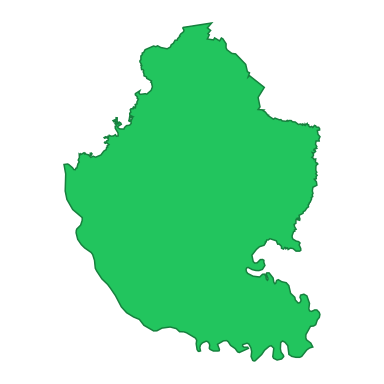 Victoria, Entre Ríos, Argentina
{"feature_id": "61730980B18675393261940", "entity_name": "Victoria", "entity_type": "district", "adm_level": 2, "iso_a3": "ARG", "parent_name": "Argentina", "parent_adm1": "Entre Ríos", "projection": "albers", "projection_center": [-60.159, -32.751], "detail": "fine", "context": "isolated", "style": "filled", "palette": "green", "viewbox_px": 384, "rotation_deg": 0, "n_neighbors": 0, "source": "geoboundaries", "source_scale": "gbopen_adm2", "svg_char_len": 5995}
<svg xmlns="http://www.w3.org/2000/svg" viewBox="0 0 384 384"><path d="M64.0,164.5L65.7,174.0L65.2,191.0L66.9,199.4L72.7,209.5L82.2,217.6L82.2,220.4L80.6,225.2L76.8,229.0L76.3,230.4L76.1,232.8L77.7,239.3L81.3,244.6L84.6,247.9L91.2,252.5L92.7,254.6L94.5,260.3L95.3,268.3L96.7,271.0L101.9,278.9L107.6,284.4L110.3,288.0L115.5,295.7L121.3,306.8L126.6,312.7L133.6,317.0L139.4,319.4L143.9,325.3L153.6,330.9L156.9,330.8L162.0,328.1L170.2,327.0L176.3,328.6L179.6,331.7L183.8,331.8L186.6,332.8L195.5,338.1L196.7,340.3L196.2,343.7L197.1,349.6L198.3,351.3L199.1,351.4L200.5,350.9L199.8,347.6L200.5,344.9L202.5,342.8L206.2,341.2L207.7,341.7L209.3,343.5L209.7,345.4L209.3,348.3L210.1,349.4L213.4,351.0L218.0,351.0L219.2,350.7L219.4,349.4L217.5,344.3L223.5,340.8L226.7,340.6L228.2,341.7L230.6,345.4L235.2,348.6L237.6,351.9L239.3,352.5L248.4,348.4L247.7,347.2L243.9,347.2L242.6,346.1L242.7,344.6L247.0,343.2L248.8,344.0L250.9,347.8L251.7,351.7L251.1,356.5L252.7,360.4L254.1,361.0L255.2,360.7L261.7,354.5L264.6,350.2L269.2,346.3L271.2,345.7L273.8,348.2L272.8,356.7L273.6,358.3L277.1,360.0L281.6,359.0L283.7,356.6L283.4,355.3L281.1,352.2L280.4,348.9L280.7,342.5L282.6,341.0L285.0,342.3L287.8,345.7L288.9,354.4L291.8,356.4L295.8,357.3L299.7,357.3L301.7,356.4L306.8,349.9L309.5,348.0L312.8,347.0L310.8,343.1L306.5,339.8L305.8,337.8L305.9,334.6L310.5,326.3L313.6,326.0L315.7,324.7L317.3,319.9L319.3,317.5L319.9,314.5L319.2,312.4L316.9,310.0L314.8,309.9L311.6,311.4L309.6,310.9L308.8,308.8L309.5,303.4L306.9,295.9L303.9,294.2L300.6,295.1L300.0,297.3L301.0,299.6L300.9,300.9L299.8,302.7L298.1,303.0L295.3,299.9L294.8,297.3L290.6,293.3L288.8,285.6L286.2,282.7L281.7,281.7L278.3,279.7L276.6,280.5L275.7,283.3L274.9,283.8L273.8,282.3L273.1,278.0L269.1,272.9L266.8,272.9L266.1,273.8L267.9,278.1L267.9,279.7L267.4,280.3L266.3,279.1L265.8,275.9L264.3,274.1L262.5,274.3L259.7,277.0L253.1,276.2L247.8,273.5L246.5,271.8L246.0,269.5L246.7,267.9L248.1,267.4L252.2,269.6L255.9,270.5L259.0,270.6L262.4,269.4L264.9,265.5L263.8,262.2L263.9,260.3L262.6,259.5L260.3,259.6L257.2,262.8L254.8,263.1L253.2,261.6L251.9,255.2L256.4,249.4L259.5,246.7L264.0,245.3L265.3,243.4L265.4,242.0L266.1,242.0L266.7,240.0L268.4,239.9L269.9,238.7L276.3,240.8L277.7,244.2L279.3,244.1L281.5,246.4L281.5,248.2L283.5,249.1L284.8,247.4L285.8,247.7L285.8,248.7L287.5,248.0L288.1,249.5L290.4,248.1L293.1,248.6L296.0,251.1L299.7,251.1L300.8,250.3L300.7,248.4L299.1,244.9L300.0,243.0L298.6,241.6L296.2,241.1L292.9,239.1L292.1,237.1L292.2,235.4L293.6,231.6L294.8,231.2L294.5,229.9L296.1,229.3L294.6,226.8L294.1,224.4L295.9,223.3L295.9,219.8L296.5,219.4L299.6,220.3L299.9,219.0L297.7,218.2L299.5,217.7L299.1,215.3L303.0,213.3L303.3,211.7L305.1,210.7L306.7,208.2L308.5,206.8L308.3,204.7L309.2,203.9L309.3,202.8L310.0,202.4L311.6,198.9L311.3,197.6L312.7,196.6L312.2,194.8L313.0,193.4L312.3,191.0L312.9,187.3L316.9,185.2L316.4,181.8L314.3,179.2L316.3,178.7L316.0,176.6L317.1,175.3L315.7,173.7L316.8,172.3L315.8,170.5L315.9,166.5L316.3,165.2L317.8,164.0L316.9,162.9L316.1,162.9L315.4,161.6L315.7,159.0L314.0,159.5L313.6,158.4L311.9,157.4L313.4,155.7L313.4,154.2L312.4,152.6L313.8,153.0L315.6,151.4L315.0,150.3L313.8,150.0L314.1,149.2L316.8,148.4L316.1,147.4L316.8,146.6L315.5,144.2L316.1,141.0L319.2,141.0L318.9,139.2L320.0,136.7L318.0,134.4L317.3,130.4L319.6,130.0L319.6,128.7L318.7,127.3L316.3,127.1L315.7,125.9L314.5,125.4L312.8,127.5L311.7,126.4L310.1,127.1L308.8,126.0L308.6,124.8L307.5,124.6L307.2,123.5L305.7,124.9L305.1,124.1L304.9,125.3L303.5,124.3L302.7,125.1L302.2,124.0L301.3,124.7L300.4,124.0L298.4,124.5L295.2,122.0L292.4,121.8L291.3,120.6L289.0,120.5L288.0,121.3L287.2,120.4L286.2,121.3L282.1,120.9L280.9,119.6L279.3,119.8L275.0,118.1L273.5,119.2L268.8,116.1L268.6,115.3L268.1,115.6L265.4,112.1L263.1,110.6L263.8,110.0L258.1,109.5L260.0,106.9L258.1,97.4L264.3,87.4L249.5,75.7L248.2,76.9L249.5,72.8L247.4,71.7L245.7,64.4L235.6,53.9L231.8,53.4L227.0,49.8L226.0,47.6L226.1,43.8L222.9,38.9L221.4,38.0L219.6,40.9L214.6,37.9L213.5,39.9L207.3,39.0L209.3,34.8L207.9,33.7L210.6,30.4L207.4,27.9L211.6,23.0L183.3,27.4L182.8,28.0L184.0,30.3L183.6,31.7L180.6,34.1L179.5,36.0L179.9,36.4L177.7,38.5L177.1,40.2L175.1,40.2L173.4,43.3L171.2,44.8L170.5,46.9L167.2,48.8L160.8,47.5L157.6,45.8L155.8,46.7L153.6,46.0L145.1,49.7L143.7,52.4L142.2,53.1L142.4,54.5L140.9,56.0L140.9,59.8L140.0,60.6L139.9,61.8L141.4,64.2L140.9,65.2L141.8,65.8L141.2,67.0L141.6,69.6L143.0,69.6L143.7,70.8L143.2,71.9L144.0,73.8L144.0,75.8L146.4,76.9L146.8,78.4L151.5,81.0L150.9,82.1L151.4,82.2L152.4,86.9L151.1,90.4L146.7,94.2L145.4,93.7L140.1,94.4L138.9,92.9L139.8,90.8L135.4,93.6L135.3,94.8L137.4,96.8L137.1,98.2L138.3,99.1L136.9,102.1L137.0,103.9L135.2,104.5L135.7,105.8L135.4,107.9L134.2,107.8L133.9,106.8L133.1,107.4L133.2,108.7L131.0,108.8L130.3,109.6L130.8,112.3L129.7,113.2L129.8,115.1L132.2,116.3L129.7,116.5L129.4,118.4L132.2,117.0L132.7,117.5L131.3,120.4L129.5,119.4L128.8,120.4L129.2,121.3L131.1,121.7L131.2,123.4L129.6,125.2L126.5,125.6L124.5,127.5L123.9,129.1L119.7,128.9L117.8,127.5L117.6,126.6L121.3,124.3L120.7,123.0L119.3,122.1L118.6,123.9L117.8,123.9L117.8,122.2L117.1,121.4L117.2,117.8L116.1,117.7L116.1,119.3L113.0,120.6L114.0,121.9L115.7,121.2L116.4,121.9L115.6,122.7L116.3,123.3L115.1,123.8L116.3,124.8L116.0,126.1L115.2,126.3L115.3,128.4L118.0,132.8L118.2,135.9L116.4,136.3L115.4,134.7L113.4,136.0L111.0,136.2L109.2,135.3L108.5,137.0L107.9,136.4L107.4,137.3L105.8,136.7L104.1,137.6L104.6,138.2L106.5,137.6L108.4,138.7L108.0,140.6L106.8,140.8L105.8,142.2L104.8,142.1L104.5,142.7L105.3,143.3L106.9,142.8L109.0,144.6L107.2,145.8L107.6,147.1L106.6,147.4L106.2,149.6L103.8,151.1L100.9,155.0L95.6,157.2L93.1,156.2L90.8,157.4L89.2,155.6L91.2,155.3L92.0,153.8L91.3,153.0L90.3,153.3L91.0,154.6L89.7,155.1L85.9,154.2L85.0,153.1L84.4,153.8L83.9,152.8L81.3,154.3L80.7,153.8L80.3,154.6L79.2,153.9L79.4,157.5L78.2,160.1L79.2,162.0L78.0,163.7L76.8,168.0L75.9,168.2L75.3,169.7L73.7,169.5L72.6,167.8L68.7,164.5L67.6,164.0L64.0,164.5Z" fill="#22c55e" stroke="#15803d" stroke-width="1.5"/></svg>